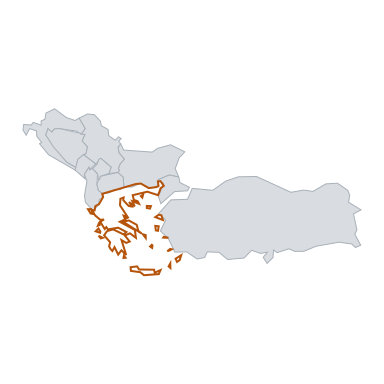 Greece highlighted among its neighbors
{"feature_id": "GRC", "entity_name": "Greece", "entity_type": "country or territory", "adm_level": 0, "iso_a3": "GRC", "parent_name": "Europe", "parent_adm1": "", "projection": "mercator", "projection_center": [23.941, 38.339], "detail": "medium", "context": "with_neighbors", "style": "outline", "palette": "amber", "viewbox_px": 384, "rotation_deg": 0, "n_neighbors": 9, "source": "natural_earth", "source_scale": "50m", "svg_char_len": 4903}
<svg xmlns="http://www.w3.org/2000/svg" viewBox="0 0 384 384"><path d="M120.7,143.9L123.8,150.1L152.3,152.1L157.7,148.3L170.5,144.8L184.8,151.8L179.1,158.0L175.2,168.6L178.7,177.0L169.3,175.0L158.3,179.6L158.1,186.9L148.3,188.2L140.6,183.2L131.9,187.1L123.9,186.7L123.1,177.1L117.7,172.4L119.5,170.3L118.3,168.6L120.1,163.9L124.3,159.2L119.0,152.8L118.0,147.3L120.7,143.9Z" fill="#d9dde1" stroke="#a8b0b8" stroke-width="1"/><path d="M360.7,245.2L355.5,247.5L351.7,244.0L339.1,242.2L316.2,246.2L303.8,251.3L294.8,251.4L289.0,248.8L277.1,252.6L273.5,250.0L273.0,257.5L267.1,263.4L263.2,257.3L267.3,252.2L260.6,253.4L251.6,250.3L244.1,258.0L227.6,259.5L218.9,252.3L207.2,251.9L204.7,257.5L197.1,259.0L186.7,251.9L174.8,252.1L168.4,238.6L160.4,230.9L165.7,220.1L158.8,213.4L170.9,199.9L187.6,199.3L192.2,188.4L212.8,190.3L225.9,181.0L238.5,176.8L256.5,176.5L291.0,192.3L303.6,190.1L313.0,191.4L325.8,183.9L337.4,183.2L347.8,190.3L349.7,195.3L348.6,202.3L361.0,209.9L353.5,213.9L356.9,229.9L354.8,234.2L360.7,245.2ZM158.3,179.6L169.3,175.0L178.7,177.0L180.0,182.6L189.4,187.3L187.5,190.8L174.6,191.6L160.9,203.7L157.6,194.1L160.2,192.5L163.6,183.5L158.3,179.6Z" fill="#d9dde1" stroke="#a8b0b8" stroke-width="1"/><path d="M102.9,193.9L102.7,197.6L99.2,199.7L98.6,204.3L93.5,211.2L85.4,202.3L84.5,195.5L86.9,181.2L84.3,174.2L89.0,167.0L89.7,169.8L92.6,168.5L97.6,173.9L96.9,184.2L98.4,190.4L102.9,193.9Z" fill="#d9dde1" stroke="#a8b0b8" stroke-width="1"/><path d="M54.6,108.8L66.2,117.5L75.1,120.5L79.2,118.1L85.3,128.6L81.1,134.4L76.2,131.0L59.3,128.6L54.3,129.0L51.9,132.1L48.0,128.6L45.8,135.0L66.6,162.0L76.3,167.6L75.1,170.1L48.6,154.8L39.5,143.7L41.7,142.6L36.8,136.2L36.5,131.0L29.6,128.6L26.2,135.2L23.0,130.1L23.7,124.5L31.2,125.0L33.2,122.4L41.2,125.2L41.1,120.9L44.9,119.3L46.0,113.0L54.6,108.8Z" fill="#d9dde1" stroke="#a8b0b8" stroke-width="1"/><path d="M76.3,167.6L66.6,162.0L53.4,146.8L45.8,135.0L48.0,128.6L51.9,132.1L54.3,129.0L59.3,128.6L85.0,134.3L82.3,141.0L87.5,146.8L86.0,153.9L77.8,159.4L76.3,167.6Z" fill="#d9dde1" stroke="#a8b0b8" stroke-width="1"/><path d="M117.7,172.4L123.1,177.1L123.9,186.7L120.1,189.7L114.2,189.4L110.0,192.6L102.9,193.9L98.4,190.4L96.9,184.2L100.2,176.3L117.7,172.4Z" fill="#d9dde1" stroke="#a8b0b8" stroke-width="1"/><path d="M79.2,118.1L87.5,114.0L94.3,114.7L100.2,120.9L101.4,125.8L108.0,129.4L108.8,135.7L115.2,140.2L118.6,136.8L121.2,138.7L118.7,141.2L120.7,143.9L118.0,147.3L119.0,152.8L124.3,159.2L120.1,163.9L118.3,168.6L119.5,170.3L117.7,172.4L109.0,173.5L111.1,167.1L100.7,158.3L94.7,165.2L95.6,163.9L83.4,154.6L86.0,153.9L87.5,146.8L82.3,141.0L85.0,134.3L81.1,134.4L85.3,128.6L79.2,118.1Z" fill="#d9dde1" stroke="#a8b0b8" stroke-width="1"/><path d="M95.6,163.9L89.7,169.8L89.0,167.0L84.3,174.2L85.1,178.9L75.1,170.1L77.8,159.4L83.4,154.6L95.6,163.9Z" fill="#d9dde1" stroke="#a8b0b8" stroke-width="1"/><path d="M98.3,179.2L97.6,173.9L92.6,168.5L97.3,164.1L98.8,159.2L100.7,158.3L111.1,167.1L109.0,173.5L100.2,176.3L99.7,179.3L98.3,179.2Z" fill="#d9dde1" stroke="#a8b0b8" stroke-width="1"/><path d="M160.5,181.2L163.8,185.8L160.6,188.2L158.2,195.2L147.3,191.7L132.7,195.2L133.8,199.9L137.6,201.2L139.0,203.8L132.3,201.2L134.7,206.4L129.1,202.1L131.8,206.5L128.7,206.0L123.3,200.2L123.6,197.5L120.4,198.8L120.0,205.3L128.0,217.5L126.1,218.5L126.2,216.3L123.6,215.6L125.2,219.4L119.8,221.8L134.9,230.0L135.9,237.8L129.9,233.3L124.8,235.5L129.7,241.5L126.2,242.9L121.5,240.1L126.2,255.0L121.4,250.3L118.2,254.6L114.5,247.1L112.4,251.0L110.7,249.3L109.1,246.4L110.1,242.2L104.1,235.3L107.1,231.1L113.1,229.4L123.6,234.4L126.4,232.0L118.2,227.7L107.9,229.4L106.3,227.1L104.7,229.0L100.2,221.7L104.0,219.5L100.3,219.8L95.1,215.4L91.9,210.0L94.6,210.4L95.3,206.2L99.0,204.2L103.1,197.0L102.3,193.8L135.9,184.0L140.9,183.6L148.9,188.1L156.2,187.1L158.5,186.0L157.9,181.4L160.5,181.2ZM130.6,267.2L137.1,266.4L139.1,269.5L154.1,269.7L154.7,272.7L160.5,270.1L158.8,274.1L144.0,275.2L140.3,272.2L130.9,270.9L130.6,267.2ZM128.9,220.5L136.7,224.8L138.3,230.8L141.6,233.5L123.0,221.7L128.9,220.5ZM161.4,215.3L162.9,220.0L155.3,217.1L158.8,214.7L161.4,215.3ZM177.0,261.9L175.6,258.7L181.2,255.2L179.7,260.1L177.0,261.9ZM158.0,230.8L155.8,230.4L155.3,225.9L158.7,226.3L158.0,230.8ZM98.5,228.5L100.4,231.8L100.1,232.8L95.7,231.3L98.5,228.5ZM92.7,213.9L90.6,213.5L88.0,209.2L91.1,209.1L92.7,213.9ZM150.9,206.1L150.0,208.6L146.8,208.0L146.8,205.9L150.9,206.1ZM163.9,236.8L168.4,237.8L163.3,237.6L163.9,236.8ZM143.1,194.7L142.3,197.6L140.9,196.1L143.1,194.7ZM98.6,235.8L102.7,237.8L100.8,238.4L98.6,235.8ZM152.1,247.9L150.1,246.5L151.8,244.8L152.5,245.4L152.1,247.9ZM145.7,235.1L145.7,238.0L142.9,234.3L145.7,235.1ZM170.4,268.0L168.6,266.4L170.3,263.4L170.4,268.0ZM99.6,225.0L97.9,225.7L99.4,222.1L99.6,225.0ZM125.5,257.7L123.5,258.0L123.9,255.8L125.5,257.7ZM167.3,251.2L170.2,248.9L171.7,249.3L169.5,250.5L167.3,251.2Z" fill="none" stroke="#b45309" stroke-width="2"/></svg>